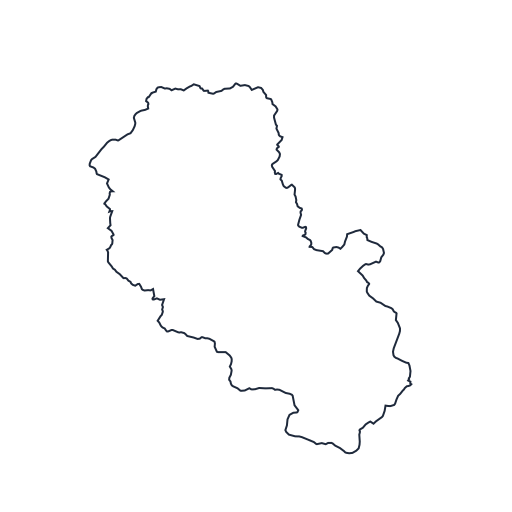 Dinh Hoa, Thái Nguyên, Vietnam (Albers equal-area conic projection), rotated 287°
{"feature_id": "81297802B90284781247335", "entity_name": "Dinh Hoa", "entity_type": "district", "adm_level": 2, "iso_a3": "VNM", "parent_name": "Vietnam", "parent_adm1": "Thái Nguyên", "projection": "albers", "projection_center": [105.636, 21.896], "detail": "fine", "context": "isolated", "style": "outline", "palette": "slate", "viewbox_px": 512, "rotation_deg": 287, "n_neighbors": 0, "source": "geoboundaries", "source_scale": "gbopen_adm2", "svg_char_len": 6105}
<svg xmlns="http://www.w3.org/2000/svg" viewBox="0 0 512 512"><g transform="rotate(287 256 256)"><path d="M165.3,180.9L164.1,182.9L161.6,185.3L160.8,186.5L160.3,187.7L160.0,189.9L158.5,191.7L157.8,193.0L158.2,194.1L160.5,196.8L160.9,198.0L160.3,203.7L160.4,205.1L161.2,206.6L161.3,209.9L160.6,211.6L159.4,213.6L159.8,220.2L159.6,224.4L160.5,226.4L161.9,227.3L162.5,227.8L162.7,228.6L162.5,231.5L163.1,233.5L163.2,235.7L162.1,241.0L161.9,241.4L160.3,242.3L157.1,243.0L153.0,246.6L153.0,247.8L155.2,255.1L153.2,259.9L151.5,262.1L150.3,262.9L148.2,263.5L145.3,263.7L142.6,263.3L140.7,265.4L139.6,266.1L138.5,266.3L135.0,266.7L131.8,266.1L129.8,266.5L128.5,268.3L126.6,269.3L125.2,270.7L124.7,272.2L124.1,277.0L122.7,280.3L122.7,281.1L124.1,284.6L127.6,288.3L127.1,290.4L127.4,291.7L128.4,294.2L130.7,297.6L132.2,303.8L134.3,309.9L134.2,311.5L133.6,313.3L134.5,315.2L134.9,317.6L133.7,324.4L134.1,328.6L133.8,330.9L133.1,331.9L124.5,336.5L120.9,341.5L119.0,341.3L118.3,340.8L117.0,337.5L113.9,334.5L109.0,333.9L103.0,335.1L98.1,335.0L96.6,336.3L94.8,339.7L95.0,346.2L96.1,350.1L96.2,352.8L95.0,365.7L93.8,368.7L93.9,369.3L96.3,373.6L96.4,377.7L98.3,379.6L99.3,382.7L99.2,384.0L97.8,387.2L96.9,392.4L95.1,397.3L94.3,398.7L94.2,399.8L94.6,402.8L95.9,405.8L99.1,408.8L102.0,410.4L105.7,410.2L108.8,409.5L115.4,407.0L117.6,406.9L118.8,406.6L119.3,406.0L119.9,405.9L120.5,406.1L123.0,408.4L127.0,410.1L129.6,412.2L131.1,413.7L130.0,417.4L133.0,419.1L138.9,423.6L140.2,424.1L145.5,424.3L150.8,423.6L151.2,426.3L151.8,428.5L154.0,431.7L155.5,432.2L159.8,432.3L163.9,432.8L166.3,434.2L170.2,435.7L171.6,436.5L173.2,436.9L175.5,438.3L176.3,439.9L177.4,441.3L178.8,442.0L179.1,441.0L179.5,440.7L181.0,440.4L181.4,437.9L183.1,438.4L183.7,437.9L185.5,438.5L191.1,437.4L196.1,434.8L198.2,433.0L197.9,430.8L198.4,426.5L199.4,421.2L199.4,419.8L200.1,417.8L201.3,416.5L204.5,415.0L208.0,414.7L223.5,415.7L226.3,415.6L228.8,414.9L229.5,414.4L233.5,411.2L235.6,408.5L242.2,407.2L242.6,406.7L243.0,404.7L243.5,403.8L245.1,402.2L245.7,400.6L246.1,396.5L246.0,394.3L247.7,388.8L247.6,384.4L249.7,380.3L251.2,375.9L253.5,373.1L254.3,372.4L255.9,371.9L257.8,371.4L260.3,371.7L262.2,372.4L262.6,372.3L263.3,371.1L263.5,369.9L264.8,368.6L266.5,365.9L268.5,363.7L271.3,358.0L274.3,359.2L278.1,361.4L280.2,363.1L280.5,363.7L280.6,365.9L281.4,367.5L285.7,372.4L285.5,374.9L285.9,375.7L287.3,376.3L291.4,376.2L294.5,377.4L296.3,377.5L299.8,375.5L300.9,374.3L301.4,373.3L301.4,372.4L302.8,369.4L303.2,367.8L303.3,362.4L303.8,357.9L305.8,357.0L306.3,356.4L308.4,355.8L308.9,352.6L311.4,348.3L308.8,343.8L307.5,342.3L303.5,336.8L301.1,337.3L295.9,336.9L292.8,337.1L289.8,335.8L287.6,334.6L288.2,332.5L288.1,330.3L286.7,327.4L285.9,327.0L284.1,327.1L279.5,324.3L279.0,323.2L278.8,322.2L279.0,320.9L280.2,318.7L279.3,312.1L279.5,309.5L281.0,307.3L281.0,306.7L280.4,304.6L280.8,304.5L282.5,305.3L283.6,305.4L285.0,304.9L286.4,303.9L287.0,303.1L287.5,300.4L288.4,298.6L288.7,294.8L289.2,294.8L290.9,296.8L291.2,296.9L292.7,296.7L293.5,295.9L294.4,295.7L297.0,295.9L298.2,295.4L298.3,294.6L296.8,292.7L296.4,291.8L296.7,288.8L297.5,287.4L298.2,287.1L303.5,286.9L308.5,287.1L310.3,286.0L311.2,285.7L311.8,285.7L313.0,286.4L314.1,286.3L314.8,285.7L314.8,283.8L315.7,281.3L317.8,280.0L319.1,278.5L321.2,278.2L324.4,276.5L326.0,274.9L330.7,274.0L332.2,273.5L333.0,272.8L334.7,269.4L334.4,269.0L331.1,266.7L330.1,265.6L330.0,264.6L330.9,262.1L332.3,260.8L335.6,258.6L336.4,257.0L337.6,256.8L340.0,257.2L341.1,256.8L341.4,253.7L341.9,252.9L340.3,251.3L340.1,250.4L341.3,249.6L342.8,249.3L346.0,245.4L347.2,244.7L348.2,244.6L349.1,245.1L352.5,247.9L354.1,248.8L358.1,249.5L360.5,249.1L361.9,247.9L363.7,244.6L365.0,244.5L367.1,245.9L367.7,245.4L368.3,244.0L368.8,243.7L374.4,246.6L377.4,246.6L377.5,244.1L378.1,242.9L378.7,242.3L380.2,241.7L383.8,238.3L386.6,238.0L387.5,236.6L393.6,232.8L395.6,232.2L400.8,233.8L402.1,233.8L402.7,233.4L404.8,231.0L406.1,227.4L407.9,226.6L410.2,224.7L410.4,224.1L410.1,220.3L410.4,219.6L411.0,219.2L412.9,218.6L415.1,215.1L416.8,214.0L418.2,211.8L418.0,208.6L413.6,203.4L415.8,200.6L416.4,199.2L416.2,195.4L414.2,191.3L415.1,187.8L415.2,186.4L414.7,185.9L411.1,184.5L408.6,182.1L406.7,177.0L405.6,175.9L403.8,174.7L401.2,170.0L399.0,168.2L398.6,167.5L398.2,162.8L399.8,162.0L400.1,161.6L398.9,158.7L398.7,157.7L400.4,155.5L400.1,154.2L400.3,153.8L402.0,152.3L402.0,146.3L399.8,144.5L398.7,143.1L396.0,140.6L393.2,138.5L393.5,135.3L392.6,132.7L392.5,129.9L389.8,126.8L390.6,124.5L390.3,121.6L389.5,119.9L389.9,116.0L389.1,114.0L388.3,112.7L386.5,112.0L383.9,112.1L381.9,109.2L381.2,108.8L381.2,108.4L376.7,107.0L376.4,106.8L376.3,106.2L374.4,105.4L372.0,105.6L371.2,107.7L370.8,108.2L369.8,108.7L369.0,108.5L367.7,108.7L365.5,109.8L363.3,107.2L361.5,103.9L360.7,102.9L357.9,100.2L356.3,99.3L354.4,98.7L352.4,98.8L348.2,101.6L347.1,101.9L344.6,102.0L340.4,101.4L336.7,100.1L334.8,97.6L326.3,90.6L326.1,90.1L326.2,87.7L325.2,84.5L324.3,83.2L323.0,82.0L320.8,80.5L316.1,78.6L313.0,77.0L303.8,73.5L300.8,70.9L299.5,70.3L295.8,70.0L294.2,70.3L293.3,71.1L293.1,74.7L292.4,76.6L290.1,78.6L288.3,79.5L287.8,80.0L287.1,88.3L286.1,92.7L281.8,92.3L278.5,95.3L277.2,97.2L276.0,100.1L275.6,98.9L274.7,97.7L273.2,97.7L271.8,98.3L267.6,98.2L264.7,96.7L261.9,95.6L261.6,95.7L261.4,96.7L259.8,98.7L258.2,102.6L257.4,102.9L255.6,102.8L256.4,103.8L256.9,105.4L250.7,105.1L249.5,105.3L244.8,107.0L242.9,107.9L239.3,106.2L237.8,110.5L234.9,113.5L234.3,113.6L232.8,112.2L232.2,112.0L230.9,112.6L229.3,114.2L225.9,114.9L225.0,114.8L224.0,114.2L222.4,114.1L220.6,113.6L218.3,111.5L217.7,112.4L216.2,113.5L207.6,115.9L206.8,116.6L203.8,121.1L202.2,122.9L201.6,125.1L200.1,127.1L198.8,131.0L196.1,135.7L196.8,137.9L196.6,139.1L195.1,141.2L194.6,143.5L193.3,144.6L192.4,146.6L192.3,149.2L194.6,151.1L195.2,152.5L192.9,155.1L190.9,156.6L190.5,157.6L190.4,159.5L191.8,162.8L192.3,165.3L194.3,167.2L187.9,170.5L185.7,169.6L184.8,169.5L184.3,169.9L184.5,171.0L186.5,173.6L186.1,177.0L187.8,180.7L181.7,180.5L180.0,181.9L177.4,181.9L176.0,183.0L175.3,183.2L172.1,183.1L170.5,182.3L165.3,180.9Z" fill="none" stroke="#1e293b" stroke-width="2"/></g></svg>